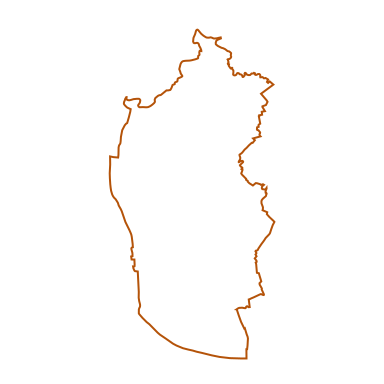 the district of Vinh Tuong, Vĩnh Phúc, Vietnam, rotated 5°
{"feature_id": "81297802B74371944720443", "entity_name": "Vinh Tuong", "entity_type": "district", "adm_level": 2, "iso_a3": "VNM", "parent_name": "Vietnam", "parent_adm1": "Vĩnh Phúc", "projection": "mercator", "projection_center": [105.503, 21.249], "detail": "fine", "context": "isolated", "style": "outline", "palette": "amber", "viewbox_px": 384, "rotation_deg": 5, "n_neighbors": 0, "source": "geoboundaries", "source_scale": "gbopen_adm2", "svg_char_len": 5965}
<svg xmlns="http://www.w3.org/2000/svg" viewBox="0 0 384 384"><g transform="rotate(5 192 192)"><path d="M153.6,321.7L158.1,325.5L161.0,327.4L170.0,335.1L172.5,336.9L177.9,339.9L186.4,344.8L189.9,346.3L196.6,348.4L202.1,349.3L206.6,349.9L210.5,350.7L215.7,351.4L225.9,353.0L233.8,353.9L244.3,354.2L254.5,353.6L260.8,353.1L259.9,343.9L260.6,343.8L260.7,340.3L260.5,333.1L260.3,332.4L260.0,331.3L258.9,329.1L256.5,323.1L256.0,323.5L252.2,317.1L249.2,310.6L246.8,305.0L246.7,305.0L248.3,303.7L249.2,303.3L251.3,303.0L252.2,302.9L254.4,303.1L255.2,303.1L255.7,302.7L255.8,302.1L256.1,301.5L256.8,301.0L258.4,301.8L259.5,301.6L257.9,294.1L259.0,293.6L260.3,292.8L262.4,291.7L268.8,288.0L269.6,287.7L271.9,288.4L272.4,288.4L272.6,288.1L272.5,287.6L269.9,283.0L270.0,282.0L267.5,278.4L267.2,277.0L268.8,275.0L266.6,269.5L265.7,267.1L263.7,266.8L262.2,258.2L261.6,256.7L262.5,255.9L262.2,254.8L260.3,252.7L261.9,250.4L260.7,248.7L261.4,247.7L261.5,247.2L260.4,245.5L260.6,245.1L260.9,244.8L261.6,244.7L262.5,244.1L263.1,242.5L265.7,237.8L268.1,233.9L269.4,231.4L272.7,227.3L273.3,226.1L274.2,222.1L275.3,218.0L276.7,214.6L276.1,214.0L271.4,210.3L268.5,207.6L268.7,205.6L263.9,204.0L264.1,202.9L264.0,201.0L262.2,197.2L262.0,195.3L262.1,194.3L262.4,193.7L263.2,192.5L265.8,189.8L266.1,189.3L266.1,188.3L266.5,187.3L266.3,186.9L266.2,187.0L265.4,186.4L265.2,184.9L266.0,182.0L265.9,181.4L264.9,183.2L261.8,183.0L261.3,182.3L261.2,181.1L261.5,180.1L263.0,178.6L262.0,178.1L260.6,178.7L259.8,178.8L259.4,178.4L258.8,178.2L256.0,177.6L254.7,177.6L252.1,180.2L248.4,178.3L246.6,176.8L246.5,176.0L244.8,175.1L244.8,174.2L240.0,170.1L239.4,169.0L239.7,168.5L240.4,165.6L239.3,164.9L240.1,164.0L240.1,163.6L239.8,163.2L238.8,162.7L237.8,161.8L237.4,161.1L238.4,159.9L240.2,157.9L240.3,157.4L239.8,156.7L239.5,156.6L237.8,156.9L236.5,158.0L236.1,158.2L235.9,158.0L236.1,157.2L237.1,155.2L237.1,154.7L237.1,153.7L236.8,152.8L236.2,151.6L236.1,150.7L237.2,149.7L237.8,149.3L238.8,148.1L240.7,145.2L242.6,143.2L244.6,140.6L247.2,137.8L248.1,137.8L250.1,134.9L248.2,133.3L255.4,130.6L254.5,129.7L254.2,128.8L254.3,128.3L254.6,127.8L254.7,126.9L254.6,126.6L252.8,124.7L251.7,124.6L251.3,124.1L251.2,123.8L251.2,121.9L252.7,121.3L252.4,119.7L252.6,119.1L254.0,118.0L252.0,110.8L252.4,110.6L252.2,109.8L255.1,108.9L254.5,106.0L257.6,105.1L254.7,101.1L254.7,100.5L258.1,98.9L259.4,95.6L258.4,94.2L252.2,88.1L263.7,77.9L259.8,75.1L258.3,76.7L257.1,75.8L258.0,73.3L255.3,72.0L254.2,72.4L253.8,72.5L252.3,71.4L250.1,71.8L249.9,71.4L249.9,70.1L249.7,69.5L249.4,69.1L248.9,68.7L248.5,68.6L247.3,68.8L246.0,69.7L245.3,69.8L244.8,69.7L244.4,69.2L244.4,68.8L244.4,68.3L243.3,67.9L242.5,68.7L241.0,68.8L239.8,70.3L239.1,70.5L238.2,70.6L237.4,70.5L236.6,70.3L235.0,68.7L234.4,68.7L234.3,68.8L234.0,69.7L234.4,70.9L234.3,71.3L233.9,71.7L233.4,72.6L232.8,73.0L232.6,73.0L232.3,72.8L231.8,71.6L231.4,71.1L230.9,70.8L230.3,70.6L229.1,70.5L228.5,69.8L228.1,69.6L227.4,69.5L226.9,69.6L226.6,69.8L226.3,70.3L226.1,70.9L225.9,71.3L225.1,71.9L224.4,72.1L223.8,72.1L223.0,71.7L222.8,71.3L222.7,71.1L222.8,69.8L222.7,67.7L222.6,67.4L222.4,67.0L221.4,66.1L221.3,65.8L221.3,64.9L221.2,64.8L220.9,64.8L220.3,65.4L220.1,65.5L219.9,65.6L219.6,65.4L217.7,63.2L217.6,62.5L217.8,61.9L217.8,61.5L217.6,61.4L217.3,61.6L216.8,61.6L216.6,61.2L216.5,60.8L217.1,59.6L217.0,59.2L216.4,57.9L216.4,57.2L216.0,56.8L216.4,56.5L217.4,56.4L218.1,55.9L218.9,55.0L219.2,54.3L219.2,53.6L218.8,52.8L218.7,52.1L218.9,50.7L218.8,50.2L218.0,49.5L216.7,48.7L215.1,48.5L213.8,47.6L212.3,46.7L210.3,46.0L208.9,45.8L204.9,44.2L202.9,42.8L202.6,41.3L203.1,39.1L204.5,38.0L207.4,36.5L207.1,35.5L204.8,36.2L203.5,36.7L200.6,37.2L200.0,37.1L198.2,36.5L197.1,36.3L195.4,36.8L193.4,36.9L192.3,36.6L189.8,35.3L187.4,33.6L185.1,31.3L184.4,30.5L183.6,29.9L183.1,29.8L182.6,30.1L182.1,30.7L181.8,31.8L181.5,33.7L181.2,34.9L180.1,38.1L180.0,39.1L180.0,42.0L180.6,43.2L181.2,43.5L182.1,43.5L183.7,43.0L184.5,43.0L185.3,43.4L185.8,44.0L186.6,46.0L187.2,46.8L187.9,47.9L188.9,50.0L189.0,50.8L187.4,50.7L187.2,51.1L187.1,52.5L187.5,54.6L187.3,55.0L186.6,55.7L186.3,56.0L186.4,58.1L186.2,58.4L183.8,59.5L180.1,60.8L178.2,61.3L173.8,61.9L171.8,62.4L171.0,62.9L170.5,63.4L169.8,64.6L169.4,65.8L168.6,70.7L169.9,73.4L170.4,74.8L170.7,75.3L171.3,76.0L172.1,77.0L172.2,77.3L172.2,77.6L171.6,78.2L170.2,79.0L168.8,79.7L168.1,80.2L167.9,80.6L167.8,82.8L167.6,83.2L165.7,84.2L165.4,84.6L165.3,86.1L163.6,86.9L163.3,87.1L162.6,89.8L161.9,91.5L161.5,92.2L159.7,92.8L157.7,93.0L152.8,97.8L152.2,98.2L151.1,98.4L150.5,98.7L149.7,99.2L147.8,101.1L147.3,101.6L147.1,102.2L146.8,103.3L147.2,105.4L146.6,106.6L145.0,108.3L143.3,109.8L142.1,110.6L140.7,111.3L139.1,111.6L135.6,111.7L134.2,111.9L132.2,112.1L131.4,111.6L131.0,111.0L130.8,110.5L131.0,109.7L131.9,108.3L132.3,107.3L132.5,105.6L132.4,104.9L132.1,104.5L131.7,104.1L131.1,103.8L129.3,103.9L125.6,104.6L123.2,105.6L121.6,106.1L120.5,106.1L119.4,105.8L118.9,105.5L118.5,104.5L118.6,103.2L118.3,103.2L117.4,104.9L117.1,106.4L116.5,108.2L116.4,109.6L116.5,110.2L116.8,110.6L117.7,111.6L119.6,113.2L120.5,113.7L123.7,114.8L123.6,115.7L123.5,117.5L122.6,123.0L121.4,129.0L120.4,129.7L119.2,131.4L117.1,136.5L116.4,143.3L116.5,147.5L116.4,149.6L116.2,150.3L115.5,151.5L115.2,152.4L115.0,154.0L115.5,161.5L115.4,164.1L110.6,164.1L107.3,163.7L108.1,171.8L108.4,180.5L109.0,185.5L109.9,191.4L110.6,194.9L111.3,197.8L112.7,201.4L113.6,202.9L114.7,204.3L116.6,205.9L118.2,208.0L119.1,209.2L120.2,211.9L122.5,215.2L123.7,217.3L128.3,227.7L132.9,235.3L134.6,238.4L135.3,239.9L135.9,241.9L137.4,248.9L137.9,252.2L137.1,252.5L136.7,252.9L136.5,253.5L136.7,254.5L137.9,257.8L138.2,259.6L138.3,261.1L137.0,261.5L137.7,264.5L140.5,264.3L141.2,269.6L141.2,271.0L140.7,271.3L139.8,271.3L140.3,273.2L141.2,274.8L141.7,275.5L142.1,275.8L144.9,275.9L147.7,296.2L148.1,302.0L148.9,305.3L150.0,308.4L150.2,309.6L150.2,310.8L149.6,312.3L149.3,313.6L149.6,317.5L150.1,318.3L153.6,321.7Z" fill="none" stroke="#b45309" stroke-width="2"/></g></svg>